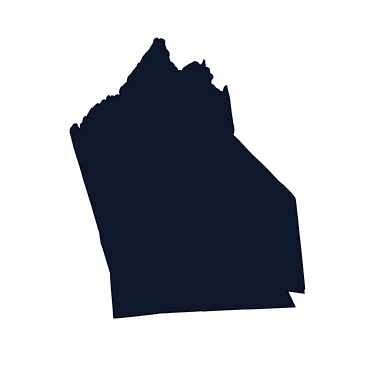 Tan Hong, Ðong Tháp, Vietnam, rotated 14°
{"feature_id": "81297802B34572770830938", "entity_name": "Tan Hong", "entity_type": "district", "adm_level": 2, "iso_a3": "VNM", "parent_name": "Vietnam", "parent_adm1": "Ðong Tháp", "projection": "equal_earth", "projection_center": [105.442, 10.879], "detail": "fine", "context": "isolated", "style": "filled", "palette": "ink", "viewbox_px": 384, "rotation_deg": 14, "n_neighbors": 0, "source": "geoboundaries", "source_scale": "gbopen_adm2", "svg_char_len": 5617}
<svg xmlns="http://www.w3.org/2000/svg" viewBox="0 0 384 384"><g transform="rotate(14 192 192)"><path d="M319.4,278.4L311.3,268.5L308.2,264.7L325.0,262.9L324.8,262.2L324.4,261.3L324.1,260.3L324.1,259.7L324.3,259.3L324.4,258.9L324.4,258.5L324.4,258.2L323.9,256.9L312.4,224.6L307.1,210.4L304.4,203.1L299.7,189.8L297.9,185.4L295.8,179.4L294.5,176.3L293.8,174.3L293.3,173.4L292.5,172.5L288.3,169.3L279.2,163.8L272.8,160.7L260.4,152.7L256.0,150.0L240.7,141.3L235.0,137.8L229.2,133.9L222.2,129.4L219.4,128.0L217.8,127.1L217.6,126.7L217.8,124.8L217.7,123.1L217.5,121.7L216.7,119.5L214.4,114.7L213.2,111.6L211.2,107.1L207.3,96.8L206.1,93.5L204.7,90.4L202.1,85.7L200.6,82.6L200.0,80.9L199.7,80.8L198.9,81.6L198.6,82.0L198.3,82.7L198.2,83.6L198.2,84.7L198.1,85.2L198.0,86.4L198.0,87.1L197.7,88.0L197.7,88.5L197.6,88.3L197.2,87.9L196.7,87.8L195.9,87.7L195.6,87.8L195.2,87.9L194.3,87.3L194.0,87.0L193.0,86.5L191.8,86.0L190.5,85.9L189.6,85.5L188.9,85.0L187.9,84.0L187.5,83.7L187.0,83.4L186.1,83.2L185.0,83.1L184.4,82.9L184.3,82.7L183.8,82.1L183.5,81.6L183.4,81.2L183.4,80.8L183.3,80.1L183.3,79.3L183.4,78.5L183.7,77.7L184.2,76.5L184.2,75.9L184.2,75.2L184.0,74.6L183.8,74.2L183.5,74.0L182.5,73.5L180.8,72.8L180.4,72.6L180.1,72.0L179.2,69.4L178.8,68.7L178.3,68.3L177.9,68.1L177.2,67.9L174.6,67.8L174.4,67.7L174.2,67.4L174.1,66.9L174.0,66.0L173.9,65.4L173.2,64.6L173.0,64.3L172.9,64.1L172.8,62.7L172.6,62.1L171.8,61.3L171.6,62.5L171.6,62.9L171.5,63.9L171.4,64.5L171.2,65.1L170.7,65.8L169.8,67.1L169.6,67.1L169.3,67.1L168.5,66.8L168.0,66.6L167.4,66.2L166.7,65.6L166.1,65.3L165.5,65.0L165.0,64.9L164.7,65.0L162.8,65.2L162.5,65.4L161.8,66.1L161.4,66.7L161.0,67.2L160.7,67.5L159.9,67.9L159.3,68.3L158.4,69.2L158.0,69.7L157.5,70.1L156.8,70.8L156.3,71.3L155.6,72.3L154.5,73.3L154.1,73.9L153.8,74.6L153.7,75.4L153.6,76.6L153.4,76.9L152.5,77.3L152.1,77.3L151.2,77.3L150.7,77.4L150.1,77.5L149.5,77.9L148.9,78.5L148.7,78.6L148.3,78.1L148.0,76.8L147.7,76.2L147.2,75.7L146.8,75.4L146.2,75.1L145.4,74.8L144.9,74.6L144.4,74.3L144.1,74.0L143.8,73.4L143.4,73.0L143.0,72.6L142.4,72.2L141.7,71.9L140.1,71.2L139.3,70.9L138.8,70.8L138.6,70.6L138.2,69.8L137.7,68.8L136.8,67.5L136.6,67.1L136.5,66.5L136.5,65.7L136.5,64.9L136.4,64.0L136.1,63.3L135.7,62.7L135.3,62.1L134.8,61.7L133.0,60.3L132.5,60.0L132.1,59.9L131.8,59.6L131.6,59.3L131.1,57.9L130.8,57.4L130.5,57.0L130.0,56.5L129.8,56.2L129.4,55.0L129.0,52.9L128.6,52.2L128.2,51.7L127.8,51.5L127.4,51.3L126.8,51.2L126.4,51.2L125.4,51.0L125.0,51.0L124.5,51.3L124.0,51.7L123.6,52.4L123.3,52.6L123.1,52.6L122.0,52.4L121.8,52.4L121.8,52.1L121.9,51.8L121.3,51.4L120.3,51.5L120.1,51.9L120.0,52.1L119.6,52.3L119.1,52.7L118.7,53.3L118.7,54.1L118.8,56.2L118.7,57.2L118.6,57.7L118.0,59.3L117.6,60.4L117.5,61.2L117.2,61.9L117.0,62.7L116.8,63.6L115.9,65.5L114.9,67.3L113.9,68.7L113.6,69.4L113.3,70.2L113.1,70.8L112.2,72.4L111.9,73.0L111.8,73.7L111.7,74.8L111.6,75.6L111.0,77.7L110.7,78.8L110.7,79.5L110.5,80.0L109.8,80.1L109.2,80.3L108.8,80.8L108.7,81.3L108.8,82.8L108.6,83.4L108.4,83.8L108.1,84.3L107.8,84.8L107.4,86.6L107.0,86.9L106.6,87.4L106.2,88.1L105.8,89.1L105.4,90.5L105.1,91.1L104.6,91.9L104.0,93.6L102.9,95.1L102.7,95.5L102.5,96.8L102.4,97.8L102.5,99.1L102.7,100.4L102.8,100.7L103.1,101.3L103.3,102.0L103.1,102.1L102.2,102.1L101.7,102.3L101.3,102.7L101.1,103.1L100.8,104.1L100.5,104.6L100.3,105.0L99.8,105.7L99.3,106.3L98.7,107.0L98.2,107.6L97.9,108.5L97.7,109.9L97.6,111.3L97.7,112.4L97.9,113.1L98.5,113.7L99.4,114.2L99.8,114.4L99.7,114.6L99.2,115.1L98.6,115.5L98.1,115.8L97.9,115.9L96.3,115.9L95.7,116.1L95.3,116.4L94.8,117.0L94.3,117.7L93.9,118.4L93.6,118.8L93.3,118.9L92.9,118.8L92.7,118.7L92.3,118.4L91.9,118.2L91.4,118.2L90.9,118.4L90.6,119.0L90.5,120.1L90.5,121.5L90.4,121.4L90.2,121.3L89.2,120.1L88.9,119.6L88.8,119.3L88.5,119.0L88.1,118.8L87.5,119.4L87.0,120.1L86.8,121.0L86.9,122.5L87.0,122.9L87.3,124.0L87.4,124.4L87.4,124.9L87.3,125.1L87.2,125.2L86.6,125.0L86.3,124.8L86.1,124.5L85.6,124.2L85.3,124.1L84.9,124.0L84.2,124.2L83.6,124.7L83.2,125.4L82.7,126.3L82.4,127.2L82.2,127.6L82.0,129.0L81.9,129.8L81.9,130.0L81.5,130.1L81.3,130.0L80.7,129.5L80.3,129.3L79.7,129.2L79.1,129.5L78.6,129.9L78.1,130.6L76.8,132.6L76.5,133.3L76.3,133.8L76.1,134.2L75.9,134.5L75.7,134.7L75.2,134.8L74.8,135.1L74.4,135.7L73.4,138.7L73.3,139.2L73.1,140.1L72.8,141.0L72.5,142.0L72.2,143.4L72.3,144.3L72.4,145.1L72.4,145.5L72.2,145.6L71.4,145.0L71.1,144.8L70.7,144.6L70.3,144.8L69.9,145.1L69.6,145.6L69.3,146.3L69.2,147.2L69.2,148.9L69.2,150.0L69.3,150.7L69.8,151.6L69.8,151.9L69.7,152.0L69.3,152.0L68.7,152.1L68.3,152.5L68.0,152.9L67.8,153.7L67.9,154.4L68.0,155.2L68.2,155.9L68.7,156.3L69.1,156.5L69.3,156.7L69.3,156.8L69.2,157.0L68.5,157.8L68.1,158.0L67.7,158.0L67.5,157.9L66.9,157.6L65.6,156.9L65.3,156.7L64.8,156.0L64.7,155.7L64.4,154.9L64.1,154.6L63.8,154.4L63.3,154.2L62.7,154.2L62.2,154.3L61.5,154.6L61.0,155.2L60.7,155.9L60.4,156.9L59.9,158.2L59.5,158.8L59.2,159.6L59.0,160.4L59.0,160.9L59.2,161.6L59.5,162.7L59.5,162.9L59.5,163.0L59.3,163.4L59.8,164.0L60.1,164.4L65.6,174.7L67.2,177.7L71.0,184.0L71.7,185.2L72.9,186.9L78.3,195.9L79.6,198.1L85.4,208.2L87.3,211.2L87.7,211.9L89.2,214.3L92.8,220.4L96.6,226.6L98.4,229.7L105.6,242.1L109.3,248.3L110.0,249.8L111.0,251.3L112.0,252.6L113.9,257.3L115.5,261.0L116.4,263.5L119.8,268.6L123.9,275.4L130.9,287.2L131.9,289.1L132.6,289.6L133.7,293.6L135.5,299.4L137.1,304.4L143.4,322.7L146.1,331.1L146.8,333.0L155.9,329.8L166.9,325.8L188.0,317.9L189.2,317.2L195.7,315.3L202.5,313.1L222.0,307.2L230.9,304.4L231.1,304.7L245.6,300.2L273.0,292.0L273.4,292.0L281.3,289.8L293.7,286.1L303.9,283.0L310.0,281.2L319.4,278.4Z" fill="#0f172a" stroke="#020617" stroke-width="1.5"/></g></svg>